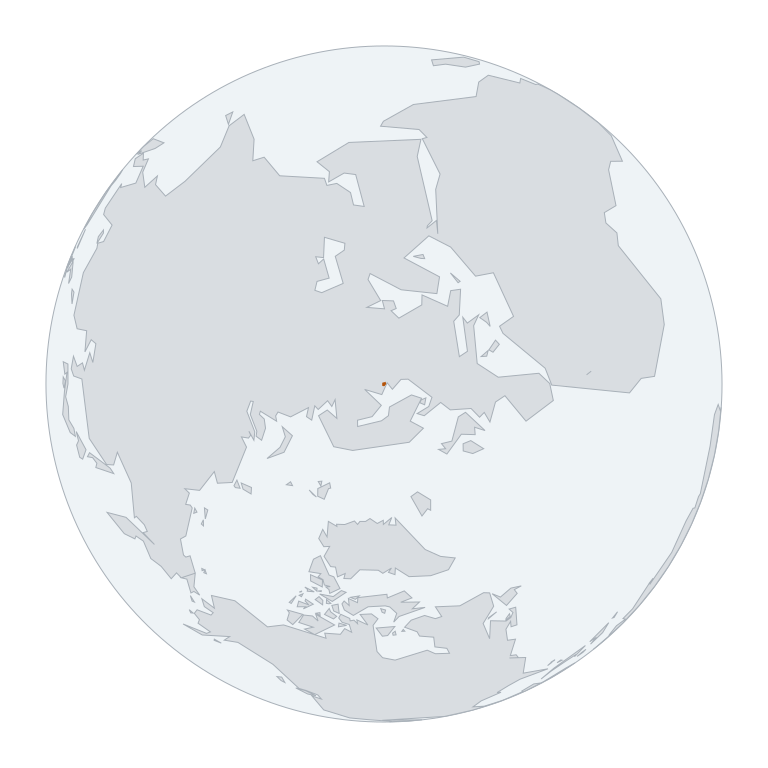 the Earth from above Limbaži, rotated 214°
{"feature_id": "LVA-1086", "entity_name": "Limbaži", "entity_type": "Municipality", "adm_level": 1, "iso_a3": "LVA", "parent_name": "Latvia", "parent_adm1": "", "projection": "orthographic", "projection_center": [24.697, 57.497], "detail": "fine", "context": "on_globe", "style": "filled", "palette": "amber", "viewbox_px": 768, "rotation_deg": 214, "n_neighbors": 0, "source": "natural_earth", "source_scale": "10m", "svg_char_len": 11705}
<svg xmlns="http://www.w3.org/2000/svg" viewBox="0 0 768 768"><g transform="rotate(214 384 384)"><circle cx="384" cy="384" r="338" fill="#eef3f6" stroke="#a8b0b8"/><path d="M147.4,142.8L147.9,142.3L197.4,104.2L164.7,126.9L175.8,117.8L190.7,107.0L188.7,108.7L209.6,96.8L225.7,88.0L251.7,80.1L269.3,85.1L259.7,87.8L265.0,89.2L277.4,86.3L284.2,84.1L319.4,89.5L360.6,88.1L373.2,82.3L370.7,88.3L394.3,74.3L416.4,72.7L391.7,78.0L389.3,81.4L404.4,81.7L405.2,85.4L413.0,87.8L412.7,92.3L398.2,95.7L397.7,98.9L408.5,99.0L414.9,104.1L399.2,103.3L408.8,112.2L386.4,120.9L344.8,117.5L332.5,128.1L289.9,140.8L293.8,144.3L280.2,152.1L279.8,159.2L272.0,160.1L278.3,165.2L285.5,163.0L290.7,164.7L291.1,168.9L281.3,170.5L279.6,168.7L276.9,171.4L271.9,170.5L274.6,173.3L262.6,175.2L274.9,179.6L265.8,186.4L257.7,186.0L258.1,177.8L240.2,158.3L232.1,156.3L220.4,161.3L199.3,187.5L190.6,189.1L179.1,197.4L184.1,200.0L194.8,194.5L201.2,201.9L213.6,194.9L218.0,197.1L230.9,193.9L229.4,203.4L220.9,214.8L210.2,218.2L206.1,223.5L216.8,228.0L197.1,242.5L184.7,266.7L179.6,269.9L168.8,261.1L167.9,240.9L154.0,231.9L163.3,247.3L150.3,255.7L148.3,261.3L149.3,266.7L154.4,267.4L150.0,272.6L139.1,258.7L142.9,253.8L146.3,258.0L145.8,248.9L138.3,240.6L132.3,246.0L127.4,229.5L123.0,233.4L119.5,232.3L126.8,227.0L113.6,236.5L106.9,222.1L88.8,239.6L106.1,215.4L112.1,203.6L117.7,191.4L114.6,193.9L126.2,175.7L129.7,166.1L120.8,172.9L108.7,188.1L96.9,206.6L98.0,206.6L92.1,219.1L86.2,224.4L74.2,250.7L69.8,259.5L81.3,233.7L94.9,209.0L110.5,185.5L128.0,163.4L147.4,142.8ZM62.1,281.1L61.1,284.4L56.7,300.4L57.0,302.4L56.1,313.6L52.4,324.0L54.7,323.2L52.2,336.6L52.6,367.0L51.6,366.9L51.3,405.3L57.0,439.4L58.3,453.8L57.0,455.1L60.3,466.6L60.4,469.9L78.9,514.8L92.9,543.4L95.5,553.9L89.7,549.5L91.5,553.2L80.1,531.8L70.3,509.7L62.1,486.9L55.6,463.6L50.7,439.9L47.6,415.9L46.2,391.8L46.5,367.6L48.5,343.5L52.3,319.6L57.7,296.0L58.0,294.9L60.5,286.5L62.1,281.1ZM84.2,243.5L70.8,279.8L73.6,264.5L74.0,266.1L78.4,255.7L84.9,239.4L88.8,227.3L84.2,243.5ZM89.0,247.5L90.9,242.0L89.7,246.8L89.0,247.5ZM287.2,82.7L277.5,85.9L266.1,87.5L274.0,84.3L287.2,82.7ZM309.1,81.6L304.9,83.8L299.3,81.1L303.5,80.6L309.1,81.6ZM382.0,77.6L374.0,78.2L381.5,76.5L382.0,77.6ZM414.1,87.4L416.2,86.2L419.3,88.0L414.1,87.4ZM230.9,188.9L230.8,191.3L228.5,190.7L230.9,188.9ZM236.5,185.3L233.7,182.8L236.0,180.8L237.6,182.3L236.5,185.3ZM421.7,96.7L426.2,100.3L419.2,97.2L421.7,96.7ZM239.4,189.0L240.3,177.5L244.3,174.0L254.0,177.3L239.4,189.0ZM427.2,102.8L438.3,112.0L443.7,110.0L434.7,121.6L428.2,109.6L418.7,105.9L425.6,105.7L427.2,102.8ZM287.6,160.6L280.0,163.0L286.0,157.2L287.6,160.6ZM290.2,156.6L301.3,137.5L312.8,136.4L306.7,142.8L321.3,138.7L321.5,147.5L313.5,151.7L306.1,150.6L311.8,154.9L290.2,156.6ZM427.9,126.8L428.4,129.8L425.1,127.4L427.9,126.8ZM293.3,164.9L294.5,161.0L304.5,159.7L303.9,167.3L300.9,165.3L293.3,164.9ZM325.1,133.5L332.4,134.2L334.6,141.4L337.7,142.6L322.5,147.6L325.1,133.5ZM298.8,167.7L303.4,171.3L299.0,175.8L292.8,168.7L298.8,167.7ZM307.4,156.2L312.1,156.0L309.3,158.6L307.4,156.2ZM286.0,194.5L287.3,189.5L292.6,188.3L286.0,194.5ZM305.4,172.4L306.9,170.9L309.1,169.9L311.1,173.2L305.4,172.4ZM325.1,152.5L324.4,155.5L331.4,150.8L333.3,156.3L322.8,158.8L328.1,160.0L328.7,161.8L319.5,161.9L325.1,152.5ZM319.9,173.9L307.2,179.4L303.8,188.9L298.9,190.1L305.3,174.8L319.9,173.9ZM320.5,166.8L319.0,171.4L313.7,170.4L311.4,166.6L320.5,166.8ZM338.4,159.3L338.2,150.2L340.5,150.0L338.4,159.3ZM320.0,176.8L323.0,175.4L320.4,177.6L320.0,176.8ZM333.9,164.8L333.5,161.5L336.2,161.4L333.9,164.8ZM329.5,175.6L325.4,177.3L323.7,174.7L329.5,175.6ZM332.4,170.8L336.1,171.4L325.6,172.7L331.8,169.3L332.4,170.8ZM336.5,165.2L337.9,164.1L336.3,166.6L336.5,165.2ZM338.3,184.8L325.4,187.1L321.7,181.2L334.7,179.7L338.3,184.8ZM352.0,720.4L351.6,720.3L334.4,716.9L310.9,702.0L320.6,695.4L317.6,687.2L291.4,661.6L297.2,649.3L290.1,641.6L275.4,639.5L267.1,629.7L258.1,626.9L202.1,609.4L184.9,590.0L164.0,541.6L173.9,532.5L175.5,513.9L244.3,476.9L259.2,487.2L313.6,492.5L320.5,496.5L314.4,512.5L355.5,537.4L368.4,524.6L405.3,534.8L429.7,531.9L437.9,499.7L397.9,503.9L390.7,488.5L422.5,471.7L457.3,467.8L455.7,461.7L433.4,451.3L441.1,437.9L425.6,446.6L432.1,452.3L422.6,458.2L416.1,453.4L419.1,448.7L408.5,446.9L396.9,470.7L402.3,479.1L374.7,484.0L380.9,498.7L373.5,505.4L360.2,483.3L361.3,475.0L336.8,448.8L333.1,457.8L356.0,483.4L349.0,481.1L344.2,494.3L342.3,482.5L318.2,453.1L293.1,453.5L261.6,479.5L246.9,477.1L234.4,465.0L245.5,432.6L277.2,441.9L281.5,431.4L274.9,411.7L285.0,416.5L286.2,409.9L298.1,412.4L314.6,399.6L326.7,400.4L332.9,380.2L340.0,378.0L334.3,390.4L336.8,399.8L366.7,401.5L372.5,397.3L374.1,384.3L382.1,386.8L379.9,374.0L397.0,368.7L374.3,364.8L375.6,350.3L385.7,339.2L382.1,334.0L365.5,352.1L362.6,360.2L366.6,368.0L355.1,390.3L344.9,393.2L341.5,367.9L326.6,369.4L330.5,349.8L372.8,311.4L390.6,303.9L420.5,321.1L416.5,330.7L403.8,329.1L415.8,343.7L414.7,336.2L421.4,338.6L424.3,326.1L429.2,327.2L423.7,313.6L430.0,313.6L433.4,322.2L443.1,304.5L456.2,301.5L456.0,297.0L452.2,293.1L471.3,292.3L470.3,289.1L463.7,288.0L457.5,281.1L454.0,268.9L460.8,269.2L463.0,273.7L477.8,284.0L482.6,296.4L485.0,295.3L482.5,284.7L464.4,272.1L460.4,264.6L469.6,269.3L465.9,267.0L466.1,263.4L472.6,260.4L462.7,254.8L454.8,217.5L466.6,208.6L475.7,216.5L477.4,192.7L490.6,185.8L484.4,184.7L481.1,173.3L476.9,175.3L473.7,174.0L463.3,147.2L466.1,141.7L454.6,130.1L451.5,129.7L448.7,133.1L434.7,121.6L443.7,110.0L450.4,111.4L451.5,103.6L466.7,108.2L479.7,108.9L495.6,119.2L504.6,119.3L503.9,116.3L515.6,114.7L541.8,122.7L523.3,129.2L484.6,122.6L500.6,126.1L497.8,129.4L504.0,133.3L515.3,135.8L516.1,133.5L538.2,160.6L566.9,178.3L562.9,165.7L568.9,162.1L598.0,174.1L637.3,219.2L645.7,217.1L651.8,221.7L657.0,233.4L648.2,227.0L645.8,232.9L640.1,227.9L645.4,245.4L637.4,239.0L645.4,256.3L651.5,257.0L649.9,243.4L660.3,261.9L669.3,258.2L679.5,267.6L695.5,308.2L697.9,335.9L700.0,340.7L696.1,345.3L698.3,363.7L711.2,367.7L713.4,374.0L713.5,403.5L712.2,399.6L702.1,411.8L705.4,429.9L713.3,424.2L716.2,431.7L712.5,440.8L708.9,435.0L705.2,438.9L702.5,424.7L692.3,413.3L688.2,429.8L684.9,421.5L670.2,417.6L662.3,440.8L652.2,489.0L656.8,511.5L650.7,529.3L628.6,514.3L617.6,495.7L610.2,505.0L586.9,498.3L548.4,521.2L542.4,516.7L535.3,523.9L518.8,524.0L509.4,515.4L499.7,520.1L524.6,541.8L535.0,536.6L542.9,520.6L548.0,529.5L563.8,530.8L548.2,564.6L490.2,607.5L483.7,591.2L435.4,546.3L436.5,539.4L436.2,538.7L435.6,537.4L432.0,548.9L423.4,538.6L450.0,574.3L454.9,589.4L489.4,608.8L486.3,612.4L497.2,614.6L531.0,595.8L531.4,601.5L515.9,632.2L468.4,673.8L474.3,687.3L470.2,698.3L439.7,709.5L441.6,713.7L425.7,717.1L424.2,718.7L411.0,720.8L401.0,721.5L376.5,721.8L352.0,720.4ZM221.2,504.9L219.4,510.5L221.2,504.9ZM495.1,478.8L515.4,472.3L504.8,455.0L511.8,451.3L505.6,447.0L503.9,453.9L488.7,441.1L496.9,431.6L493.7,423.0L486.7,424.9L474.1,444.6L495.8,462.6L491.8,472.8L495.1,478.8ZM52.7,367.8L52.3,373.5L51.9,368.6L52.7,367.8ZM71.6,266.1L69.9,272.3L68.2,277.0L69.0,272.8L71.6,266.1ZM63.7,317.8L63.0,325.8L62.7,319.1L63.7,317.8ZM69.3,285.4L64.2,311.8L63.7,300.2L67.3,283.8L66.3,292.8L69.3,285.4ZM84.7,249.7L83.1,254.1L81.9,254.6L84.7,249.7ZM88.1,251.1L88.3,249.7L90.1,246.6L88.1,251.1ZM151.0,256.5L151.7,257.8L151.5,263.7L149.3,261.8L151.0,256.5ZM164.7,285.7L157.3,293.4L161.0,286.4L156.5,284.9L158.6,268.9L177.1,270.6L168.3,272.5L164.7,285.7ZM166.6,248.6L163.2,258.1L166.2,247.7L166.6,248.6ZM280.9,372.8L285.0,378.7L280.4,385.6L265.2,386.1L271.5,376.0L280.9,372.8ZM291.8,385.6L292.7,361.1L302.2,360.3L296.7,364.8L303.0,366.7L295.8,374.6L304.0,398.3L300.6,406.1L274.2,401.9L284.7,398.8L280.1,393.0L291.8,385.6ZM278.1,305.0L278.7,295.8L298.7,305.7L295.9,313.3L280.5,314.0L274.7,305.4L278.1,305.0ZM256.3,197.5L255.2,194.3L257.9,193.7L261.1,195.9L256.3,197.5ZM286.2,192.3L264.0,211.3L261.6,208.5L251.5,223.8L241.2,222.3L248.1,212.4L232.7,223.1L234.8,213.5L225.0,221.8L241.5,199.7L242.8,192.0L245.2,201.0L254.6,202.4L259.0,200.7L272.6,190.4L280.0,175.0L290.5,174.5L295.9,178.2L295.7,181.8L289.0,180.9L293.6,186.3L283.7,187.9L286.2,192.3ZM353.5,229.2L345.7,225.4L353.3,239.0L343.4,239.6L344.9,241.2L337.9,245.6L331.9,253.9L327.4,252.8L327.1,256.6L322.4,259.8L320.4,264.6L311.6,264.6L308.4,270.6L306.0,267.2L302.9,277.7L301.3,269.9L295.1,273.7L299.9,279.2L257.3,269.8L240.7,272.7L227.7,279.6L226.7,266.1L238.1,251.2L255.5,238.3L271.7,237.8L268.3,232.1L275.0,230.3L274.9,235.6L279.1,226.4L284.6,226.4L300.1,216.5L302.7,203.9L308.5,200.3L310.2,205.2L314.7,198.1L321.8,205.1L326.1,202.8L337.3,207.6L338.2,219.0L342.9,215.5L351.7,219.4L353.5,229.2ZM341.3,186.4L344.5,199.3L340.7,206.1L322.7,194.9L317.8,196.1L306.1,189.8L311.9,180.1L314.7,182.8L318.8,183.2L315.3,186.0L321.1,184.0L325.2,187.7L330.8,187.3L330.3,191.5L341.3,186.4ZM328.2,491.1L333.4,492.5L341.7,492.6L338.8,501.2L328.2,491.1ZM311.4,471.3L316.1,471.0L316.1,482.7L310.6,481.4L311.4,471.3ZM318.8,461.1L316.4,470.1L314.4,464.5L318.8,461.1ZM338.7,389.5L343.8,388.5L344.3,391.6L341.5,395.9L338.7,389.5ZM373.8,271.7L370.0,267.9L371.5,266.2L369.1,255.0L376.2,253.9L380.4,260.3L373.8,271.7ZM431.1,506.2L424.1,513.2L420.4,510.7L423.5,508.8L431.1,506.2ZM379.2,509.4L391.1,513.2L378.3,511.7L379.2,509.4ZM381.2,268.7L379.3,264.1L384.0,266.4L381.2,268.7ZM381.2,252.7L386.8,254.3L376.8,252.5L381.2,252.7ZM525.8,679.3L500.8,699.5L485.4,704.4L483.7,702.6L493.6,692.3L511.8,683.6L521.0,675.5L525.8,679.3ZM716.0,446.8L712.5,458.3L701.3,460.9L705.4,451.4L715.9,437.4L715.4,441.9L717.7,436.2L716.3,445.4L716.0,446.8ZM720.5,415.4L720.2,411.2L720.4,402.6L721.1,395.7L719.2,350.1L719.4,344.7L721.0,360.8L721.1,360.3L721.9,387.9L720.5,415.4ZM658.2,512.3L665.4,518.0L661.5,525.0L658.2,512.3ZM714.9,326.4L718.0,345.4L714.1,324.8L714.9,326.4ZM710.6,310.5L712.1,313.8L711.0,314.5L710.6,310.5ZM703.2,346.4L702.7,354.8L701.0,352.2L700.6,339.9L703.2,346.4ZM687.4,275.9L693.5,284.0L695.6,288.2L692.4,286.8L687.4,275.9ZM439.3,256.8L434.8,273.3L436.3,285.1L444.5,291.7L431.0,289.9L428.7,271.5L439.3,256.8ZM452.2,222.1L445.0,217.1L449.3,215.0L451.5,215.8L452.2,222.1ZM447.0,222.1L436.0,224.1L432.7,218.5L442.0,218.0L447.0,222.1ZM408.6,245.9L406.8,250.7L403.0,248.6L408.6,245.9ZM714.7,314.3L714.7,315.5L716.6,325.7L711.2,301.0L712.1,303.1L714.7,314.3ZM712.1,306.4L714.1,315.8L711.0,303.1L712.1,306.4ZM713.6,315.5L712.1,311.7L711.5,306.6L713.6,315.5ZM711.5,302.8L708.3,293.7L709.5,295.4L711.5,302.8ZM707.9,304.0L709.5,299.2L710.3,311.9L702.7,298.0L701.7,290.9L707.9,304.0ZM653.9,210.5L649.9,208.5L646.9,201.6L650.5,204.9L653.9,210.5ZM633.3,179.0L644.8,199.2L653.3,216.4L654.1,213.7L662.4,223.1L657.2,223.8L646.0,207.3L640.8,195.4L633.2,188.9L625.2,178.0L616.3,173.8L610.6,168.0L617.0,168.3L633.3,179.0ZM612.6,172.5L594.3,162.9L591.8,153.2L595.3,153.1L604.7,161.5L605.5,166.1L612.6,172.5ZM589.2,157.9L589.7,162.4L564.0,161.1L557.9,158.6L576.2,153.6L577.7,157.7L584.4,160.0L589.2,157.9ZM431.9,129.2L428.8,129.7L430.4,127.5L431.9,129.2ZM471.5,175.3L467.4,173.2L469.4,170.4L471.5,175.3ZM457.2,165.8L457.8,170.4L454.3,165.4L457.2,165.8ZM459.6,181.0L456.7,172.2L463.6,180.9L459.6,181.0Z" fill="#d9dde1" stroke="#a8b0b8" stroke-width="1"/><path d="M383.1,384.9L383.0,384.6L383.3,384.5L383.4,384.4L383.6,384.3L383.6,384.2L383.5,383.9L383.5,383.7L383.3,383.7L383.2,383.6L383.1,383.4L383.1,383.0L383.4,382.9L383.5,383.0L383.6,382.9L383.6,382.7L383.8,382.4L384.0,382.4L384.0,382.5L384.3,382.6L384.4,382.8L384.4,383.0L384.6,383.1L384.6,383.5L384.9,383.6L385.0,383.6L385.1,383.8L385.2,384.0L384.9,384.2L384.9,384.3L384.6,384.4L384.6,384.5L384.4,384.5L384.2,384.6L384.0,384.9L384.0,385.0L383.8,385.0L384.0,385.2L384.0,385.5L383.9,385.6L383.8,385.4L383.7,385.3L383.7,385.2L383.3,385.2L383.2,385.2L383.1,384.9L383.1,384.9Z" fill="#f59e0b" stroke="#b45309" stroke-width="1.5"/></g></svg>